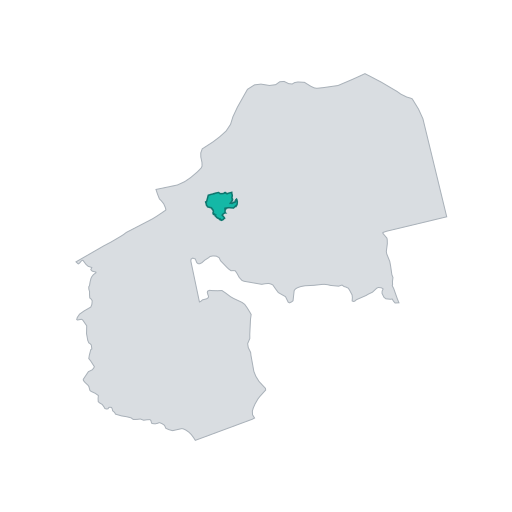 Chisamba, Central, Zambia shown in context, rotated 168°
{"feature_id": "96606910B82726316050571", "entity_name": "Chisamba", "entity_type": "district", "adm_level": 2, "iso_a3": "ZMB", "parent_name": "Zambia", "parent_adm1": "Central", "projection": "orthographic", "projection_center": [28.529, -14.773], "detail": "fine", "context": "in_parent", "style": "filled", "palette": "teal", "viewbox_px": 512, "rotation_deg": 168, "n_neighbors": 0, "source": "geoboundaries", "source_scale": "gbopen_adm2", "svg_char_len": 7058}
<svg xmlns="http://www.w3.org/2000/svg" viewBox="0 0 512 512"><g transform="rotate(168 256 256)"><path d="M340.0,341.9L318.1,341.8L310.2,343.6L303.6,346.3L295.8,350.5L291.3,353.5L290.1,355.1L289.4,358.7L289.4,364.3L288.6,368.3L286.3,372.0L274.5,376.5L266.8,380.1L259.2,384.5L253.5,390.1L249.6,397.0L243.2,405.5L229.7,420.8L221.9,423.7L215.4,423.1L207.4,420.0L201.1,419.5L196.5,421.5L192.2,420.9L188.2,417.8L184.8,416.7L182.2,417.6L178.8,417.5L172.5,415.8L167.0,410.5L164.0,408.3L161.7,407.4L155.2,406.7L140.3,405.7L125.0,408.7L111.5,411.7L97.3,400.0L83.7,387.5L80.8,384.3L75.6,380.2L71.9,378.2L70.5,377.2L66.5,365.9L64.2,355.5L61.3,254.7L123.0,253.1L127.0,252.6L127.1,251.6L124.2,246.2L124.3,244.3L125.0,240.7L127.6,233.3L127.7,230.9L126.3,222.9L126.4,218.5L127.0,209.5L126.5,206.5L127.9,202.5L128.3,199.8L128.9,198.6L128.1,195.6L126.7,184.9L125.9,180.5L129.7,181.1L130.9,183.2L131.7,185.6L133.4,185.7L137.8,187.1L139.4,189.0L140.5,193.3L139.9,195.5L138.5,197.3L139.9,198.8L142.9,199.8L144.6,199.4L149.6,196.4L154.2,195.3L156.5,194.5L166.8,192.4L168.8,191.3L170.3,191.3L171.3,192.1L170.4,195.2L170.1,197.9L171.5,202.9L172.4,205.3L174.6,207.0L176.2,207.8L177.9,209.7L181.5,209.3L189.4,211.8L191.8,213.0L195.1,214.1L197.5,214.5L205.6,215.3L214.2,216.7L218.6,216.8L221.8,216.4L224.0,215.7L225.3,214.8L225.9,214.1L229.1,204.5L230.8,203.7L232.9,203.2L234.1,204.1L235.6,210.1L241.8,215.6L243.9,220.2L245.5,224.1L246.8,225.2L249.2,226.5L252.9,227.0L256.3,227.1L273.0,233.8L274.8,235.0L276.9,238.6L278.1,242.7L279.4,245.9L281.6,246.5L283.5,246.8L285.4,248.9L286.8,250.9L291.7,258.8L292.4,262.0L294.8,264.1L298.0,265.0L301.0,265.1L302.7,264.2L307.0,262.6L310.3,260.7L312.7,260.1L314.2,260.5L315.3,261.8L316.0,265.7L318.3,267.1L320.1,266.5L320.7,265.0L320.8,264.2L320.9,222.8L319.4,223.1L317.5,224.2L313.1,224.4L311.3,225.2L310.8,226.5L311.1,228.3L311.2,230.6L310.6,231.7L308.6,232.1L305.8,231.2L300.8,230.0L296.5,229.3L293.5,226.2L289.4,221.5L286.7,219.1L280.2,214.2L279.1,213.3L277.1,211.0L275.4,207.1L273.8,202.6L272.9,199.8L274.5,195.4L278.3,181.0L279.2,176.6L282.4,172.0L282.6,168.0L281.3,162.8L281.6,159.9L282.1,143.5L281.2,138.4L279.1,132.6L274.3,124.6L274.4,122.9L281.6,117.7L283.8,115.8L287.6,111.6L290.2,108.0L291.8,105.1L292.4,101.4L291.1,97.8L293.6,97.1L353.7,88.3L354.6,90.8L356.4,94.8L358.4,97.8L361.0,100.5L363.2,102.1L364.6,102.6L373.9,102.5L377.2,104.2L380.0,106.2L380.7,109.4L382.6,111.4L384.7,112.9L385.6,113.1L387.1,112.8L389.5,112.8L391.8,113.5L392.9,114.2L393.0,116.8L393.7,118.0L396.8,118.5L400.0,118.7L403.0,120.6L406.3,120.9L410.1,121.7L411.9,123.7L416.0,125.7L420.9,127.6L426.4,130.6L426.5,131.5L427.4,133.2L428.4,134.4L428.4,136.3L428.8,137.9L430.2,138.4L431.4,138.5L432.5,137.3L434.0,137.4L435.5,138.2L436.1,140.1L437.3,142.8L439.3,144.6L440.6,146.3L440.1,149.4L439.2,152.3L441.9,155.2L445.5,157.9L446.4,159.1L446.6,163.1L447.2,164.5L449.5,167.8L450.7,170.1L450.6,171.3L444.0,177.7L439.9,178.7L438.2,180.0L437.1,181.3L439.6,187.9L440.9,190.4L439.7,193.5L437.1,198.7L435.9,199.2L435.6,203.2L436.4,204.6L437.6,205.8L438.1,208.5L437.9,215.3L436.1,222.9L438.9,229.6L439.9,230.4L443.9,230.5L444.6,231.1L443.6,233.0L440.7,235.8L435.6,238.0L428.2,240.4L426.6,242.8L425.5,246.3L426.3,248.3L427.3,249.5L426.9,252.6L426.2,255.8L426.4,258.4L426.0,260.6L425.0,261.7L423.7,265.1L422.0,268.5L420.8,270.0L418.9,271.6L416.0,272.9L416.0,273.6L419.3,275.2L420.1,276.3L420.4,277.1L419.0,278.8L420.5,279.8L422.3,280.8L424.0,283.1L426.0,287.4L426.3,287.8L426.9,287.9L428.0,287.4L430.0,285.8L431.5,285.2L433.3,287.7L402.4,297.7L395.2,299.7L384.4,303.3L380.9,304.6L378.0,306.0L349.4,313.9L344.9,315.5L334.8,319.6L334.5,320.3L334.6,322.2L335.4,326.2L337.2,329.8L338.6,331.9L339.5,337.3L340.0,341.9Z" fill="#d9dde1" stroke="#a8b0b8" stroke-width="1"/><path d="M272.6,324.4L273.4,324.5L273.5,324.1L274.0,324.2L274.9,323.9L276.7,324.1L277.1,324.3L278.1,324.4L279.4,325.9L281.9,325.9L282.2,325.9L282.3,325.8L282.6,325.9L282.8,325.8L283.2,325.9L283.3,325.8L283.5,325.7L283.8,325.6L284.4,325.8L284.6,325.8L284.7,325.7L285.0,325.6L285.5,325.6L286.2,325.6L286.8,325.6L287.7,325.6L288.0,325.5L288.3,325.5L288.5,325.4L289.0,325.4L289.7,325.4L290.0,325.4L292.8,319.9L293.0,319.7L293.1,319.4L294.0,319.4L294.1,318.6L293.7,317.9L293.8,317.8L293.8,317.7L293.9,317.4L293.9,317.2L293.9,316.9L293.9,316.7L293.9,316.4L293.8,316.2L293.9,315.9L293.8,315.7L293.8,315.8L293.7,315.8L293.6,315.7L293.2,314.2L291.5,313.3L290.5,312.7L290.3,312.7L290.1,312.8L289.9,312.7L289.7,312.4L289.5,312.2L289.5,311.9L289.4,311.8L289.2,311.7L289.1,311.4L289.0,311.2L289.1,310.9L288.9,310.8L288.9,310.7L288.7,310.4L288.6,310.1L288.6,309.9L288.4,309.8L288.4,309.7L288.5,309.5L288.5,309.4L288.4,309.2L288.4,308.9L288.4,308.5L288.4,308.3L288.5,308.2L288.6,307.8L288.9,307.6L289.0,307.5L289.0,307.1L289.1,306.9L289.1,306.6L288.9,306.5L288.8,306.4L289.0,306.2L288.8,306.1L288.8,305.8L288.7,305.8L288.7,305.7L288.5,305.8L288.3,305.6L288.0,305.6L287.9,305.3L287.8,305.2L287.7,305.2L287.7,304.7L287.4,304.4L287.5,304.2L287.4,304.2L287.5,304.1L287.5,303.9L287.4,303.8L287.4,303.7L287.2,303.5L287.2,303.4L287.1,303.2L286.9,302.9L286.8,302.5L286.6,302.4L286.6,302.2L286.5,301.9L286.4,301.8L286.1,301.6L286.0,301.4L285.9,301.3L285.8,301.2L285.6,301.2L285.4,300.9L285.2,300.9L284.8,300.6L284.7,300.4L284.6,300.2L284.4,300.2L284.2,300.0L284.0,299.9L284.0,299.7L283.9,299.6L283.7,299.5L283.7,299.4L283.8,299.3L283.7,299.2L283.4,299.1L283.5,298.9L283.5,299.0L283.6,298.9L283.5,298.7L283.4,298.7L283.3,298.8L283.1,298.8L282.9,298.8L282.8,298.7L282.7,298.6L282.4,298.5L282.3,298.3L282.3,298.1L282.2,298.1L282.0,298.3L281.8,298.3L281.5,298.2L281.4,298.2L280.5,298.5L279.9,299.1L279.7,299.2L279.5,299.3L279.3,299.3L278.9,299.3L278.8,299.5L279.2,300.6L279.3,300.9L279.1,301.0L279.4,301.0L280.6,303.0L279.3,304.0L278.3,304.4L277.9,304.5L277.7,304.6L276.9,304.5L277.3,305.0L276.5,308.0L276.7,308.4L276.4,309.2L275.1,309.1L275.1,308.9L275.0,309.0L274.9,309.0L274.7,309.0L274.2,309.1L273.9,309.1L273.7,308.9L273.2,309.0L272.4,308.9L269.7,308.1L268.9,307.9L268.0,307.6L265.2,309.4L265.1,308.9L264.4,309.6L264.1,309.9L263.8,310.4L263.6,310.9L263.0,312.8L263.0,315.1L263.1,315.3L263.2,315.7L264.0,315.2L263.6,314.3L264.2,314.1L265.0,314.1L265.4,312.9L265.6,312.9L265.9,312.9L266.0,312.9L266.3,313.0L266.5,313.0L266.8,313.0L267.0,312.9L267.3,312.8L267.6,312.9L267.8,312.7L268.0,312.5L268.2,312.4L268.3,312.4L268.6,312.4L268.7,312.5L268.8,312.5L269.0,312.7L269.1,312.8L269.3,312.8L269.5,312.8L269.8,312.9L269.9,313.0L270.0,313.0L269.8,313.2L269.8,313.3L269.7,313.3L269.4,313.7L269.1,313.9L269.0,314.0L268.9,314.1L268.7,314.3L268.6,314.5L268.4,314.7L268.3,314.8L268.2,314.9L268.2,315.0L267.9,315.3L267.8,315.5L267.7,315.4L267.7,315.5L267.4,315.7L267.4,315.8L267.2,316.0L267.1,316.4L267.1,316.5L267.2,316.8L267.3,316.9L267.3,317.0L267.4,317.3L267.4,317.5L267.5,317.7L267.4,317.9L267.5,318.0L267.4,318.3L266.7,319.7L266.6,320.7L266.7,321.9L266.5,323.3L270.6,323.1L270.8,322.9L271.2,322.9L271.4,322.9L271.7,323.0L271.8,323.1L272.0,323.3L272.4,324.2L272.5,324.2L272.6,324.4Z" fill="#14b8a6" stroke="#0f766e" stroke-width="1.5"/></g></svg>